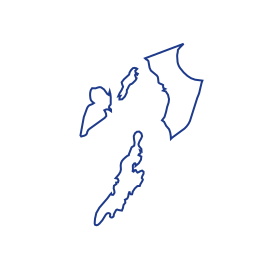 Surigao del Norte, Equal Earth projection, rotated 209°
{"feature_id": "PHL-2593", "entity_name": "Surigao del Norte", "entity_type": "Province", "adm_level": 1, "iso_a3": "PHL", "parent_name": "Philippines", "parent_adm1": "", "projection": "equal_earth", "projection_center": [125.751, 9.888], "detail": "fine", "context": "isolated", "style": "outline", "palette": "blue", "viewbox_px": 256, "rotation_deg": 209, "n_neighbors": 0, "source": "natural_earth", "source_scale": "10m", "svg_char_len": 3295}
<svg xmlns="http://www.w3.org/2000/svg" viewBox="0 0 256 256"><g transform="rotate(209 128 128)"><path d="M85.9,205.5L85.5,203.0L82.7,193.1L82.4,191.3L82.0,187.8L77.2,164.1L77.1,160.9L77.5,157.8L78.3,154.9L84.7,141.0L85.2,139.3L86.7,141.7L88.9,144.5L91.4,146.8L95.7,148.4L99.4,150.9L102.0,151.2L101.4,155.4L102.5,160.4L104.0,165.5L104.8,169.9L106.1,173.1L109.1,176.4L112.7,178.3L115.5,177.7L115.3,178.3L115.2,178.9L115.0,179.5L114.5,180.2L116.3,180.1L117.2,180.9L118.1,182.6L119.4,182.6L122.2,182.3L123.4,182.6L125.9,186.2L127.0,187.3L128.3,187.9L135.8,189.3L138.3,191.1L142.6,196.4L143.9,196.9L145.5,196.8L146.9,197.2L120.2,228.6L121.7,223.3L122.2,220.5L121.3,218.5L120.5,216.0L119.8,214.6L116.6,209.7L115.4,208.4L113.6,206.9L111.8,205.8L106.3,203.6L101.3,202.4L96.9,202.1L92.7,202.8L85.9,205.5ZM119.0,123.7L119.3,126.8L118.3,129.1L116.4,130.3L113.7,129.7L111.7,127.7L111.4,125.1L111.5,122.1L111.0,118.9L109.8,117.6L106.1,116.1L104.8,114.1L106.1,114.1L106.5,114.1L105.4,113.1L104.9,112.2L105.0,111.4L105.7,110.5L105.7,109.4L102.5,109.5L101.3,106.6L101.5,102.3L103.0,98.5L103.6,100.0L104.5,100.6L105.3,100.1L105.7,97.9L105.3,97.0L103.6,94.2L103.0,92.5L102.0,92.5L101.4,94.7L100.6,94.9L99.5,94.1L98.1,93.6L97.3,94.5L96.3,96.2L95.0,97.6L93.2,97.3L92.2,95.5L92.2,93.1L91.8,91.0L90.1,90.2L89.8,89.2L89.9,84.7L89.6,83.0L91.6,81.8L92.7,78.6L93.0,74.9L92.3,72.0L93.3,71.4L94.2,71.5L95.1,72.2L95.9,73.3L95.5,70.6L94.6,68.2L94.4,65.9L95.9,63.8L95.3,63.3L95.0,62.7L94.7,62.1L94.1,61.3L94.6,58.6L93.6,55.4L93.3,52.8L96.4,51.7L98.0,51.4L98.6,50.4L98.6,46.3L98.3,45.0L97.9,44.2L97.8,43.4L98.6,42.0L99.3,41.6L100.2,41.6L100.9,41.9L101.7,44.0L102.7,44.4L103.9,44.1L104.8,43.3L105.4,41.6L105.7,34.9L106.6,30.6L107.3,28.8L108.4,27.7L109.9,27.4L110.9,28.4L112.8,32.5L114.5,38.3L114.4,44.5L111.9,56.5L111.4,60.9L111.0,62.5L110.6,62.0L109.5,61.8L108.5,62.5L108.4,64.8L109.4,66.3L111.3,68.3L112.3,70.7L111.0,73.3L111.9,74.5L110.4,75.6L110.8,77.4L112.4,78.6L114.5,78.1L113.5,82.9L113.4,85.9L114.1,88.3L116.3,91.8L117.1,94.0L117.3,96.1L116.9,98.3L116.0,101.1L115.0,103.5L114.1,104.5L114.5,105.7L115.5,112.8L114.0,115.6L115.2,118.5L117.4,121.2L119.0,123.7ZM177.0,138.2L178.1,140.3L178.9,143.0L178.7,145.4L175.7,146.9L173.5,149.3L172.4,150.1L171.1,150.5L167.6,150.1L162.6,147.7L160.9,147.6L161.8,151.2L159.9,149.2L158.0,146.5L154.7,140.5L154.6,139.7L154.9,139.0L155.0,138.1L154.7,136.9L153.9,136.3L152.9,136.3L151.9,136.0L151.0,134.5L152.8,134.7L154.6,134.5L156.1,133.7L157.3,132.0L155.9,131.2L154.1,129.8L152.8,127.9L153.3,125.5L161.3,108.5L161.8,106.9L161.8,105.2L161.4,103.7L161.3,102.1L162.3,100.3L164.8,97.9L166.0,98.5L171.9,116.0L173.4,125.4L173.4,127.3L172.8,129.2L170.8,131.6L169.9,133.3L172.4,133.7L174.1,134.5L175.4,135.9L177.0,138.2ZM154.2,163.3L155.7,164.9L155.2,168.5L152.9,175.3L153.5,177.3L153.4,180.2L152.7,182.7L151.5,183.7L149.5,184.3L148.6,184.2L149.4,181.5L148.5,180.5L147.1,180.1L145.7,180.2L145.7,179.0L147.1,179.0L147.5,179.0L147.5,177.7L144.8,175.3L144.8,176.6L144.5,175.0L144.6,173.2L145.7,169.4L146.3,168.2L146.8,167.7L147.2,167.2L147.5,165.6L147.5,164.1L147.3,162.1L147.5,160.9L146.2,158.2L146.0,154.0L147.0,150.3L149.3,148.8L150.0,150.1L150.3,151.0L150.2,152.5L151.5,151.7L151.9,151.2L152.2,154.1L152.0,158.1L152.3,161.7L154.2,163.3Z" fill="none" stroke="#1e3a8a" stroke-width="2"/></g></svg>